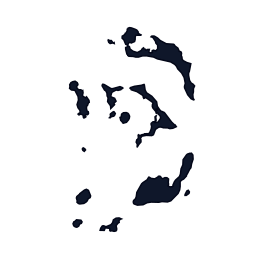 Motu, Tonga, rotated 76°
{"feature_id": "48082658B71435976816388", "entity_name": "Motu", "entity_type": "district", "adm_level": 2, "iso_a3": "TON", "parent_name": "Tonga", "parent_adm1": "", "projection": "orthographic", "projection_center": [-174.08, -18.719], "detail": "fine", "context": "isolated", "style": "filled", "palette": "ink", "viewbox_px": 256, "rotation_deg": 76, "n_neighbors": 0, "source": "geoboundaries", "source_scale": "gbopen_adm2", "svg_char_len": 5809}
<svg xmlns="http://www.w3.org/2000/svg" viewBox="0 0 256 256"><g transform="rotate(76 128 128)"><path d="M209.0,104.1L203.6,95.3L200.6,92.9L197.5,91.6L193.1,90.5L192.3,89.9L191.5,88.5L191.0,86.4L188.7,82.9L187.5,82.5L187.0,81.7L183.1,78.3L181.8,76.6L178.1,75.0L174.0,72.4L169.9,71.6L167.8,72.5L167.8,74.0L167.5,74.1L167.7,76.7L168.3,77.8L172.1,82.2L177.1,83.7L180.5,86.4L185.4,88.3L187.6,89.9L190.0,94.4L191.3,95.9L194.4,98.3L195.2,98.1L195.7,98.9L195.3,101.6L193.9,103.1L192.3,102.2L190.6,102.1L187.3,101.0L185.6,102.3L185.1,104.2L185.6,106.6L184.6,107.7L182.9,108.2L182.3,109.2L182.2,110.2L182.8,110.9L183.8,114.4L182.4,117.9L180.9,119.2L180.7,119.8L182.9,122.0L184.6,126.7L185.5,128.3L192.6,135.0L196.6,136.6L198.4,137.8L199.7,140.1L201.0,140.8L202.6,140.8L203.2,140.4L205.1,137.6L206.1,131.9L205.1,127.6L205.5,123.3L207.5,116.1L207.6,112.9L209.3,107.5L209.0,104.1ZM65.4,85.9L68.0,82.8L74.2,70.6L77.6,67.2L79.9,66.0L82.7,65.4L87.6,62.6L92.6,61.3L98.6,61.6L101.2,63.1L102.7,63.4L110.2,62.0L114.9,59.7L116.6,57.6L116.5,57.1L114.8,57.6L111.1,57.0L108.8,55.8L105.6,55.0L103.3,53.2L101.2,54.3L99.7,55.8L96.7,56.8L91.6,56.5L89.3,55.9L87.9,54.8L80.8,51.5L78.7,55.1L75.9,58.2L74.2,58.8L72.2,58.5L70.5,58.8L68.6,58.0L67.5,58.0L66.8,58.3L65.9,59.7L62.5,60.3L60.0,62.4L58.2,63.1L57.7,63.7L55.5,70.5L50.9,75.6L47.9,77.5L45.3,80.1L44.8,81.4L44.6,83.0L45.1,83.6L46.1,82.0L50.5,80.4L52.5,80.4L54.7,79.2L58.3,80.0L59.9,82.3L58.6,84.6L58.8,85.6L59.2,86.1L60.4,85.9L60.8,86.4L60.5,87.5L60.7,88.1L59.3,89.5L56.9,88.3L56.5,90.3L57.0,91.1L56.8,91.8L56.5,92.1L55.9,92.0L55.0,93.4L54.0,93.5L54.4,94.8L56.0,96.5L57.0,100.4L56.6,101.5L54.6,104.7L51.8,106.9L49.6,106.9L48.6,107.6L48.4,108.1L49.3,109.8L49.3,110.8L51.0,111.2L56.0,111.2L56.8,110.6L57.5,110.7L58.6,109.8L59.8,105.7L61.1,103.2L61.7,100.6L61.5,96.7L62.4,92.7L65.4,85.9ZM140.7,105.0L136.0,101.7L134.6,98.0L135.0,95.8L136.4,93.5L137.4,89.6L138.7,87.6L139.1,84.6L138.4,80.8L136.8,81.4L137.0,81.6L132.9,84.2L122.2,88.8L121.5,89.3L121.4,90.0L120.7,90.2L119.6,92.0L117.9,92.9L114.0,94.3L109.5,93.9L103.0,97.2L98.3,101.5L95.3,102.2L90.1,101.7L89.6,101.9L89.8,104.7L89.1,111.7L89.4,116.0L90.0,116.4L90.8,115.7L91.7,115.6L94.9,110.5L99.7,106.0L100.8,105.4L101.4,105.8L103.1,105.5L103.0,104.5L102.5,104.3L102.6,103.5L108.6,98.3L110.2,97.7L111.3,98.7L113.1,99.2L114.7,99.0L118.0,97.4L117.5,96.5L117.1,96.8L116.5,96.3L116.2,95.4L116.7,94.6L117.8,95.3L118.5,96.7L120.1,97.2L120.3,97.0L119.7,96.9L120.7,95.4L121.5,95.5L123.5,94.1L124.9,93.8L126.4,94.0L129.6,97.4L129.4,99.5L129.2,100.5L127.3,98.8L123.8,98.4L122.6,97.1L123.7,99.1L127.4,99.7L128.1,100.3L128.4,100.8L128.0,102.2L129.1,104.4L129.9,104.7L132.3,104.7L134.7,105.8L137.4,107.8L138.5,109.2L137.6,113.3L138.2,115.1L137.8,115.7L138.2,118.1L138.0,118.7L137.1,119.3L137.4,119.9L139.9,120.3L141.2,121.3L141.5,122.3L143.7,123.5L146.0,122.9L149.0,123.9L146.6,121.5L144.7,118.8L142.6,118.3L141.0,118.5L139.3,116.4L139.6,112.0L141.1,106.8L140.7,105.0ZM85.4,168.8L88.9,169.3L93.0,171.8L96.3,171.6L99.1,170.4L100.7,170.5L101.7,170.9L101.8,171.9L102.4,173.1L103.5,172.4L103.1,170.8L103.8,169.3L105.5,168.0L106.3,168.8L107.5,168.5L107.6,167.7L107.0,166.2L106.6,166.1L105.7,166.9L105.0,166.3L104.8,165.7L105.3,164.4L105.0,163.4L104.3,162.8L102.6,162.6L101.4,163.7L98.6,163.5L96.7,162.8L96.4,161.9L94.1,160.4L93.7,159.4L91.7,159.2L88.3,160.5L88.5,160.6L87.9,161.1L88.4,162.0L86.3,164.0L85.3,164.3L83.0,163.1L81.1,162.9L81.3,163.2L80.4,163.5L79.4,164.7L79.0,166.5L77.3,167.8L75.2,167.8L74.1,166.3L73.4,166.0L71.7,166.3L69.8,168.0L69.7,170.4L70.2,172.4L71.9,174.1L74.6,174.4L74.5,174.7L75.4,175.1L77.4,173.7L78.6,170.4L85.4,168.8ZM46.3,104.3L45.7,100.7L44.0,99.7L41.1,98.9L39.9,97.8L41.1,93.1L40.8,92.8L40.0,93.8L40.2,94.1L39.0,94.6L38.7,95.2L37.1,94.9L35.1,95.8L33.9,97.2L31.8,100.3L31.0,102.1L31.1,103.7L31.7,104.1L31.9,104.8L33.6,105.3L35.4,107.1L35.5,107.8L36.0,107.9L37.0,109.6L37.5,111.4L39.4,112.0L41.5,110.7L46.2,110.0L47.4,108.6L47.0,107.8L45.6,106.8L45.4,106.0L45.8,104.7L46.3,104.3ZM87.6,123.4L85.9,125.8L86.1,133.4L85.7,134.9L80.2,140.4L79.4,141.8L80.1,142.7L80.9,142.9L85.5,141.6L86.5,140.6L88.9,140.0L91.9,140.5L93.9,140.0L97.5,141.4L102.2,139.6L104.9,140.0L102.1,135.4L101.1,135.8L100.5,135.5L99.1,133.1L95.9,133.8L93.7,136.9L92.7,136.9L90.0,135.4L89.3,134.6L88.4,130.8L88.5,129.5L89.1,128.7L89.1,125.7L88.5,124.9L88.3,123.5L87.6,123.4ZM178.9,181.5L177.4,183.2L177.7,185.3L180.0,190.6L180.3,190.6L182.1,194.2L183.4,195.0L186.8,194.9L187.5,195.5L189.2,194.5L190.0,193.2L190.5,189.1L189.7,186.6L188.9,185.3L186.9,183.6L186.4,181.6L184.9,180.7L178.9,181.5ZM217.5,159.4L215.7,159.2L214.8,157.7L214.6,156.4L213.1,158.4L212.6,161.4L213.6,164.4L216.1,165.8L217.7,167.9L218.4,172.8L218.1,173.8L217.0,175.2L216.8,176.6L218.6,178.7L220.5,179.8L221.6,175.8L219.6,174.4L219.5,173.9L220.8,170.4L221.6,170.0L222.8,170.5L223.7,170.1L223.8,168.6L224.9,166.5L225.0,164.6L224.2,163.7L222.9,163.3L219.9,163.2L218.0,160.9L217.5,159.4ZM112.6,126.0L112.1,128.7L112.7,130.3L113.1,130.9L115.7,132.0L115.8,133.2L118.9,133.2L120.9,132.0L121.6,132.0L122.2,131.4L122.1,128.1L120.2,125.5L118.9,124.4L117.0,123.6L114.7,124.0L113.6,124.6L112.6,126.0ZM208.0,195.3L206.1,196.0L204.6,200.2L205.7,202.0L205.9,203.2L207.6,204.5L209.8,204.3L211.2,203.1L211.9,201.6L211.3,199.6L209.5,198.2L209.2,196.3L208.0,195.3ZM109.2,137.5L108.7,137.8L108.8,138.8L110.0,141.5L110.4,141.9L112.5,142.1L113.5,143.5L113.8,142.9L113.0,141.4L113.1,139.1L112.6,138.1L110.9,136.8L108.8,137.6L109.2,137.5ZM204.8,83.9L203.0,84.6L203.3,86.1L206.3,88.7L207.2,89.0L207.5,87.8L206.4,85.0L205.9,84.4L204.8,83.9ZM42.7,120.9L41.7,120.8L41.9,121.7L41.6,122.0L39.1,123.0L38.7,124.6L37.7,125.8L38.1,126.1L40.2,126.0L41.7,124.9L41.8,122.2L42.7,120.9ZM137.6,175.0L136.4,176.3L137.3,177.4L138.8,177.2L140.1,176.1L139.0,174.5L137.6,175.0Z" fill="#0f172a" stroke="#020617" stroke-width="1.5"/></g></svg>